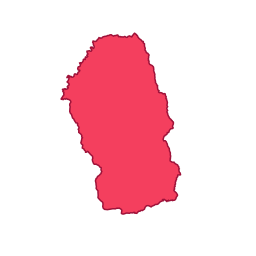 the district of Fak Tha, Uttaradit, Thailand, rotated 129°
{"feature_id": "78962969B71814319942483", "entity_name": "Fak Tha", "entity_type": "district", "adm_level": 2, "iso_a3": "THA", "parent_name": "Thailand", "parent_adm1": "Uttaradit", "projection": "orthographic", "projection_center": [100.869, 18.015], "detail": "fine", "context": "isolated", "style": "filled", "palette": "rose", "viewbox_px": 256, "rotation_deg": 129, "n_neighbors": 0, "source": "geoboundaries", "source_scale": "gbopen_adm2", "svg_char_len": 5838}
<svg xmlns="http://www.w3.org/2000/svg" viewBox="0 0 256 256"><g transform="rotate(129 128 128)"><path d="M146.0,53.4L145.8,54.0L145.1,54.3L144.7,54.8L143.6,54.7L142.8,55.8L141.7,55.8L140.2,57.2L139.3,57.3L138.7,57.8L137.8,57.8L137.0,58.2L136.4,58.9L134.5,58.8L133.7,59.5L133.2,59.7L132.9,59.5L131.6,57.9L131.3,57.8L130.9,58.1L130.1,59.3L130.0,60.3L129.6,60.9L128.3,62.4L127.5,62.4L127.3,63.1L126.2,64.2L126.1,65.0L125.5,66.3L126.0,68.7L125.9,69.3L126.0,70.0L125.6,70.6L126.9,72.4L126.9,73.4L127.1,74.1L127.0,74.5L126.4,75.2L125.2,75.6L125.0,76.2L124.2,76.4L122.8,77.3L122.5,78.0L120.6,79.5L119.7,81.3L117.9,83.1L117.7,84.0L117.3,84.8L117.3,85.5L115.5,87.8L115.3,88.6L114.6,89.7L114.5,91.1L115.5,92.2L114.7,93.6L111.7,94.8L110.9,94.4L110.2,94.6L109.2,94.0L108.0,93.9L106.8,94.6L106.1,93.7L105.8,93.6L103.8,94.3L102.6,94.4L101.8,94.3L100.3,93.0L99.9,92.9L99.4,93.1L99.2,93.9L98.3,94.7L96.3,95.3L95.0,96.3L94.8,96.7L95.0,97.4L94.5,98.4L94.7,99.1L94.3,99.8L94.3,101.2L94.1,102.4L93.6,103.1L93.3,104.1L92.3,105.9L91.6,106.5L91.2,107.6L90.5,108.2L89.5,108.2L88.8,109.7L88.4,110.2L87.7,110.5L86.5,110.6L85.9,112.0L83.5,113.3L82.2,115.0L81.9,115.8L81.2,116.2L81.2,117.1L79.6,118.1L79.5,118.9L78.1,120.6L78.5,121.6L79.4,122.1L79.4,123.7L79.9,124.8L80.8,125.9L80.9,126.4L80.8,126.9L79.5,127.3L79.5,128.7L79.3,129.2L77.2,131.3L76.6,131.5L76.6,132.2L76.2,132.8L75.3,135.4L74.4,136.0L72.6,138.4L71.7,138.9L70.5,140.2L69.4,140.9L67.5,143.9L66.9,144.5L66.0,145.0L65.5,145.7L64.7,146.4L64.5,146.9L64.3,148.6L64.9,151.2L64.5,152.2L63.8,153.1L62.8,153.7L62.6,154.7L62.1,154.9L61.4,155.8L60.5,156.1L59.5,157.0L58.3,157.4L57.9,157.8L57.5,159.8L57.9,161.0L56.9,162.9L56.7,163.9L55.2,164.8L54.1,166.6L52.2,168.2L52.2,169.9L51.3,170.4L51.2,170.7L51.7,171.7L51.3,173.4L51.5,175.3L51.4,176.2L51.2,176.6L51.2,177.3L50.5,178.4L50.4,178.9L50.5,179.6L50.0,180.2L50.3,181.3L50.1,181.9L50.3,182.6L51.7,182.7L52.2,182.5L53.4,182.8L54.4,182.3L54.9,182.5L55.5,184.8L56.8,185.6L57.8,185.6L58.3,185.9L58.7,186.7L58.8,187.9L59.1,188.3L60.1,188.7L61.2,190.4L61.7,190.8L61.9,191.9L62.8,192.4L62.9,193.1L62.5,193.6L62.2,194.5L63.1,195.3L63.9,195.7L64.4,196.4L65.8,197.2L65.8,198.0L66.1,198.7L66.1,199.7L66.9,200.6L68.1,201.0L68.8,201.9L70.6,202.8L71.1,203.5L72.8,204.7L73.5,205.0L74.3,204.9L74.7,205.1L75.2,205.7L75.2,205.9L75.7,206.1L75.9,206.8L75.9,207.2L76.0,207.4L77.3,207.2L79.2,207.4L80.2,207.2L81.3,207.9L81.7,208.6L82.1,208.9L82.3,209.8L83.6,209.4L84.1,208.2L84.9,207.5L86.0,205.5L87.2,204.9L87.8,204.9L88.1,205.9L88.0,206.3L87.7,206.6L87.9,207.1L88.2,207.4L88.7,207.4L88.9,207.8L89.4,207.6L89.7,206.4L90.1,205.9L90.1,205.2L90.5,205.0L91.6,205.0L92.0,205.5L92.2,206.6L94.1,208.2L94.7,207.8L95.1,207.0L95.7,206.2L95.7,205.7L97.1,205.8L97.5,205.7L97.7,205.3L97.6,204.6L97.8,204.3L99.3,204.7L99.6,205.7L100.9,205.2L101.6,204.4L102.6,205.8L102.9,205.8L103.1,205.5L104.7,204.9L106.0,204.9L106.8,205.3L107.0,205.8L107.9,206.5L108.2,206.1L107.8,205.4L107.8,205.0L108.9,204.9L109.6,204.3L110.3,204.2L110.9,204.4L111.7,205.1L113.2,204.7L114.1,203.6L114.2,203.0L113.5,202.0L113.7,201.6L114.6,201.4L116.0,201.8L117.0,201.6L118.1,201.1L118.6,201.4L119.0,202.8L119.7,203.5L120.5,203.3L122.0,202.5L123.4,203.0L123.9,203.7L123.7,204.4L123.8,205.0L124.8,205.2L125.1,205.5L125.0,205.9L124.4,206.7L124.6,207.2L125.0,207.5L126.7,207.4L127.1,207.3L127.2,207.1L126.1,206.1L126.1,205.7L126.7,205.0L128.8,204.3L130.5,204.3L130.6,202.3L130.9,201.5L131.5,200.9L132.2,201.2L134.1,201.2L134.4,200.8L134.1,200.0L135.2,199.6L136.7,200.3L137.3,200.9L137.0,201.4L137.2,201.8L137.9,202.1L138.9,203.1L139.2,203.2L139.4,203.0L139.3,201.9L140.1,201.9L140.7,201.5L140.6,200.3L141.8,199.6L142.3,198.9L143.3,198.5L144.3,198.7L145.5,198.4L147.0,198.4L147.6,198.1L147.6,197.8L146.6,197.1L146.8,196.3L145.4,195.9L144.8,194.6L144.0,194.5L144.0,194.1L143.7,193.5L143.7,193.0L143.4,192.6L143.0,191.6L142.9,190.5L143.2,189.5L143.5,189.0L144.1,188.6L145.5,188.5L146.4,188.1L147.0,187.6L148.0,186.2L149.1,185.6L151.8,183.7L152.8,182.1L153.0,180.5L155.1,177.4L155.1,175.8L155.8,174.6L156.8,171.6L156.1,170.6L156.2,169.9L157.4,169.2L158.2,166.8L158.5,166.4L159.2,166.0L160.3,165.9L160.8,164.7L162.4,163.5L162.4,161.0L162.7,159.7L163.2,158.9L164.1,158.4L164.3,157.2L165.4,157.2L166.8,156.3L167.7,156.1L168.0,155.6L168.9,155.5L169.6,154.5L169.7,152.8L169.8,152.4L172.3,151.0L172.1,148.9L172.5,148.3L172.8,146.3L173.5,145.7L172.8,145.0L171.6,144.7L171.4,144.1L171.8,143.2L171.7,142.2L172.1,140.9L172.3,137.8L173.7,136.3L174.8,136.0L175.9,134.9L177.4,132.2L177.3,131.3L176.1,129.8L176.0,128.5L175.6,127.6L175.6,126.8L176.0,125.6L176.0,124.7L175.7,124.0L175.8,123.7L177.6,122.6L178.3,121.0L179.7,120.7L180.0,120.4L180.7,120.3L181.3,120.5L182.4,120.5L184.0,120.8L184.8,121.2L186.3,120.7L187.4,121.0L188.3,120.5L189.0,120.4L189.8,119.8L190.9,118.3L192.3,117.0L193.3,115.8L195.0,114.7L195.4,113.5L195.7,111.8L196.7,111.0L199.2,108.7L200.9,107.6L201.2,106.9L201.7,103.5L201.6,101.7L201.8,100.7L202.9,99.5L204.9,98.2L205.9,96.8L206.0,95.1L204.4,92.6L200.2,88.9L198.8,87.0L197.5,86.3L195.7,84.2L195.5,82.5L195.7,81.3L196.1,80.8L198.4,79.5L198.5,78.8L198.2,78.1L197.5,77.2L195.0,75.6L193.2,73.1L192.1,72.6L191.3,71.2L189.8,70.3L189.5,69.7L190.0,69.4L188.8,67.5L187.7,67.4L186.6,67.4L185.8,67.2L185.2,66.3L184.2,66.2L183.7,65.9L183.1,64.9L180.9,64.2L180.4,64.2L179.2,64.8L176.8,64.7L175.7,63.6L175.2,62.5L174.8,60.4L173.5,60.1L171.6,59.0L170.3,58.7L169.0,57.3L168.1,56.8L164.9,56.5L163.3,55.5L162.5,55.6L162.2,56.0L161.5,55.9L161.4,55.7L161.7,54.9L161.2,55.1L160.7,55.0L160.6,54.8L160.6,53.2L160.4,52.9L160.7,52.1L160.1,52.1L159.7,51.5L159.8,51.0L158.8,51.1L158.8,50.4L158.1,49.7L157.1,49.2L156.7,48.7L156.5,47.9L155.9,47.9L155.8,47.3L154.6,46.3L153.4,46.2L152.5,46.4L151.6,46.9L149.7,47.0L149.1,47.2L148.7,47.7L148.0,49.6L147.9,51.8L147.7,52.9L147.4,53.2L146.0,53.4Z" fill="#f43f5e" stroke="#9f1239" stroke-width="1.5"/></g></svg>